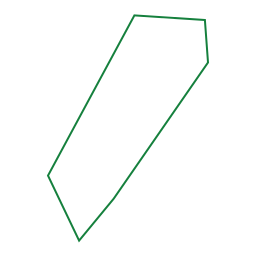 El Arish 3, Shamal Sina', Egypt (Albers equal-area conic projection)
{"feature_id": "37247803B18293726613988", "entity_name": "El Arish 3", "entity_type": "district", "adm_level": 2, "iso_a3": "EGY", "parent_name": "Egypt", "parent_adm1": "Shamal Sina'", "projection": "albers", "projection_center": [33.79, 31.001], "detail": "fine", "context": "isolated", "style": "outline", "palette": "green", "viewbox_px": 256, "rotation_deg": 0, "n_neighbors": 0, "source": "geoboundaries", "source_scale": "gbopen_adm2", "svg_char_len": 215}
<svg xmlns="http://www.w3.org/2000/svg" viewBox="0 0 256 256"><path d="M134.4,15.4L92.3,93.4L48.0,175.6L79.1,240.6L113.6,198.8L208.0,62.5L204.9,20.0L134.4,15.4Z" fill="none" stroke="#15803d" stroke-width="2"/></svg>